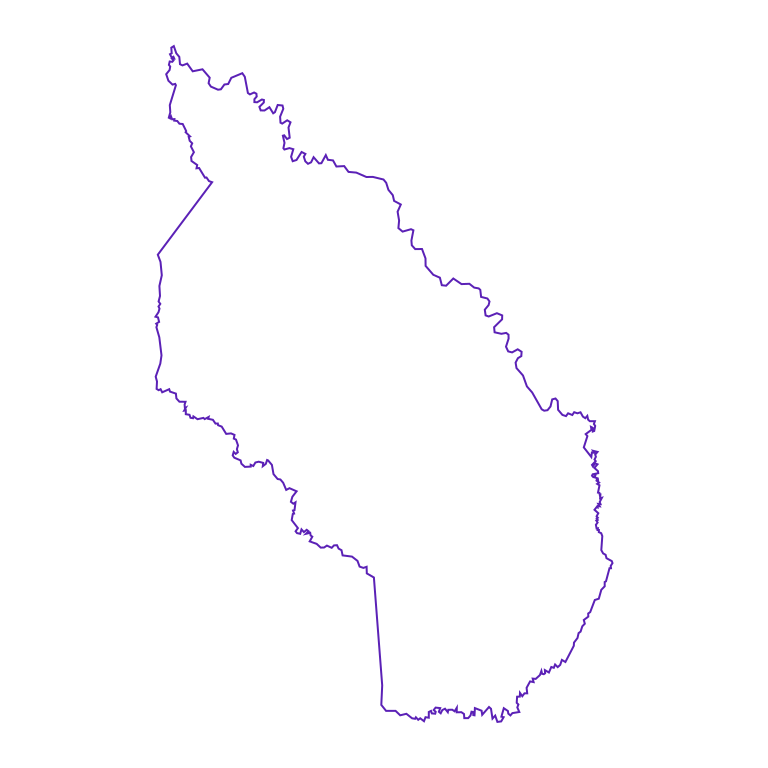 Sabana De Torres, Santander, Colombia (Natural Earth projection)
{"feature_id": "7082276B5396414457031", "entity_name": "Sabana De Torres", "entity_type": "district", "adm_level": 2, "iso_a3": "COL", "parent_name": "Colombia", "parent_adm1": "Santander", "projection": "natural_earth1", "projection_center": [-73.555, 7.427], "detail": "fine", "context": "isolated", "style": "outline", "palette": "violet", "viewbox_px": 768, "rotation_deg": 0, "n_neighbors": 0, "source": "geoboundaries", "source_scale": "gbopen_adm2", "svg_char_len": 6084}
<svg xmlns="http://www.w3.org/2000/svg" viewBox="0 0 768 768"><path d="M400.2,715.3L406.4,713.8L412.1,718.3L415.1,718.8L415.9,717.3L418.2,719.8L420.2,718.3L424.0,721.2L425.5,717.2L428.8,717.7L428.8,712.0L431.0,710.9L431.8,713.4L435.2,713.7L435.7,711.8L433.7,710.0L435.6,707.6L440.2,708.1L438.9,711.8L440.7,713.3L442.3,710.1L445.0,708.7L447.8,712.2L448.3,709.8L452.2,709.7L454.6,711.3L456.8,707.7L456.7,712.3L461.4,712.2L464.0,714.0L464.3,718.1L468.2,718.1L470.5,715.5L471.5,711.7L473.1,712.0L473.3,715.1L474.5,715.3L474.9,708.1L481.6,710.7L482.2,714.8L489.0,707.0L491.0,708.8L492.5,718.6L495.2,715.6L497.4,721.9L501.2,721.4L503.6,717.2L501.4,716.7L503.8,708.2L507.9,711.0L508.3,713.6L510.4,715.4L512.4,713.1L519.3,712.0L517.3,707.4L518.4,704.5L516.7,702.8L517.1,696.7L519.8,696.6L520.0,692.9L522.3,696.2L524.5,693.3L527.2,693.3L526.6,687.8L530.1,681.4L533.6,682.1L532.7,678.6L535.7,678.9L539.9,675.1L541.4,670.9L542.1,673.8L543.8,674.2L545.1,673.3L544.9,670.1L548.9,672.5L551.3,667.0L553.8,667.8L555.1,664.5L557.7,667.1L560.2,664.9L561.9,659.9L565.4,662.0L573.8,645.8L574.0,642.6L577.5,638.0L578.6,633.1L580.6,631.6L582.3,626.3L584.8,623.7L583.8,620.0L588.3,616.6L588.2,613.5L590.2,612.1L594.8,600.0L598.8,598.7L601.3,589.8L604.7,586.3L604.7,582.0L606.0,581.3L609.5,568.2L611.0,568.2L610.7,565.9L612.5,563.1L611.8,561.1L606.5,558.2L605.6,554.8L603.1,553.4L601.3,550.1L602.3,536.1L601.2,533.2L598.8,532.1L598.9,530.0L597.6,530.0L597.9,528.3L596.6,528.5L595.9,524.8L597.6,522.5L596.3,520.5L597.7,519.9L596.7,518.4L597.8,517.7L596.6,516.3L598.3,513.2L594.5,509.8L596.7,507.0L597.7,507.5L597.7,506.0L599.7,506.3L598.3,503.9L600.5,504.1L599.7,502.0L601.9,497.8L600.1,498.3L600.5,493.4L599.8,495.0L599.4,492.9L598.0,492.6L599.5,485.3L597.2,483.9L599.1,482.6L596.5,480.6L596.8,479.6L598.1,480.7L597.8,478.4L594.7,477.4L595.3,475.6L593.2,477.0L592.0,475.7L592.7,474.3L598.2,473.2L598.0,471.2L594.4,467.9L597.5,464.3L595.1,463.3L592.9,466.4L592.0,464.9L595.7,461.1L594.5,459.5L595.9,456.8L595.2,454.6L597.5,451.9L593.1,450.8L594.4,452.8L591.9,452.5L591.3,457.0L583.8,447.4L587.4,436.1L585.7,434.1L591.5,429.8L591.0,426.9L592.7,427.8L592.8,431.5L594.2,431.0L595.2,425.9L593.9,424.0L594.9,421.2L589.8,421.2L588.1,419.6L587.3,415.9L585.3,418.2L582.9,416.6L580.5,412.3L577.4,413.3L574.2,412.2L572.3,415.0L568.1,413.3L566.0,416.1L562.4,414.9L558.1,409.8L557.7,401.1L555.5,398.5L552.2,399.4L550.5,406.5L547.5,410.2L544.2,410.7L541.7,409.3L532.2,392.5L526.9,386.4L523.0,375.5L516.5,368.1L515.6,362.6L517.9,358.2L521.3,356.1L521.6,351.8L517.7,349.3L512.1,352.4L508.2,351.4L506.0,346.7L508.6,338.6L508.5,334.7L506.2,332.9L501.4,333.8L494.6,332.3L494.1,327.2L502.1,319.3L502.2,315.4L496.9,313.2L488.7,316.5L485.6,315.4L484.8,309.7L488.6,305.1L489.5,301.5L487.4,298.5L481.1,296.9L480.3,289.9L478.7,288.4L474.2,287.6L469.4,283.8L461.5,284.1L453.3,278.5L446.1,285.7L441.8,285.2L439.9,277.7L433.3,274.8L425.6,265.9L425.5,258.4L422.0,249.0L415.2,249.1L411.8,245.3L411.4,240.6L413.4,230.3L411.0,229.2L402.6,231.6L398.4,228.1L399.1,220.6L397.6,211.7L400.8,204.5L394.1,200.9L392.8,195.2L388.4,189.8L386.2,182.8L383.5,179.5L372.8,176.9L366.4,177.0L356.3,172.6L348.5,171.9L344.2,166.1L336.4,166.5L333.0,160.4L327.9,159.8L325.8,155.1L321.4,163.2L319.0,163.4L313.6,157.2L311.1,162.3L308.0,163.8L305.3,161.3L303.8,156.7L305.4,153.9L301.6,152.0L296.5,160.0L292.7,161.2L291.1,156.8L293.3,149.2L289.4,148.1L284.4,149.5L283.4,148.2L284.5,142.9L282.9,135.7L284.2,135.3L287.0,139.0L289.7,137.7L288.5,127.5L290.5,122.3L287.2,120.3L282.2,123.6L280.5,122.7L280.1,116.7L283.3,108.8L282.5,105.5L277.7,105.0L274.9,112.2L273.2,113.3L269.4,107.2L264.5,110.5L260.7,110.4L259.4,106.9L263.8,102.5L263.9,100.0L261.9,99.5L257.1,102.3L254.4,102.1L254.4,99.2L256.7,96.5L256.4,93.7L254.1,92.5L249.9,94.4L247.9,93.0L244.8,76.8L242.3,73.2L231.3,77.8L228.2,84.0L224.4,84.5L220.9,89.3L218.0,89.7L210.9,86.6L208.6,83.2L209.7,77.7L202.5,69.3L192.7,71.3L187.2,63.6L182.5,65.4L180.0,64.2L179.3,56.9L176.3,53.3L173.8,46.1L171.3,47.7L171.7,53.3L170.0,54.2L171.7,57.6L173.4,56.7L174.3,58.7L172.2,58.9L173.5,60.4L172.3,61.8L169.7,61.5L168.9,64.9L170.2,66.5L169.6,70.0L166.2,74.2L168.4,80.7L172.5,84.6L175.2,83.9L175.9,85.2L169.8,105.1L170.3,112.3L168.8,117.7L170.3,118.5L171.1,116.6L172.1,119.3L174.4,119.1L174.2,120.6L177.3,121.0L179.4,123.7L182.7,124.0L186.2,131.1L185.6,132.2L190.0,136.4L188.7,136.8L189.7,140.8L192.2,143.3L190.9,146.4L193.9,152.2L191.1,157.0L191.5,161.0L197.2,165.0L196.5,168.3L199.1,168.0L205.0,177.7L206.5,177.5L209.0,181.1L212.1,182.2L157.8,254.7L160.5,261.9L161.8,275.3L159.4,286.0L160.0,296.0L158.6,301.5L160.3,303.9L158.5,306.5L159.5,308.6L158.5,312.2L155.5,316.7L158.0,317.4L159.1,321.9L156.2,323.7L157.2,324.9L156.4,327.2L159.3,337.3L161.5,355.4L160.3,363.6L155.7,376.7L157.0,381.5L156.6,388.9L158.7,390.2L160.6,389.2L162.2,392.3L169.2,389.2L170.0,391.6L175.9,393.6L176.4,398.4L179.4,401.7L185.5,401.8L184.6,404.6L184.9,408.2L185.8,407.7L184.2,410.6L185.8,410.3L185.8,414.2L189.5,414.8L190.5,417.8L193.0,418.2L193.4,416.4L197.5,419.2L203.4,417.9L204.7,419.1L208.6,417.0L208.1,418.8L212.9,419.8L215.5,423.6L217.8,423.5L218.1,425.2L221.7,426.6L226.2,433.9L231.0,433.4L234.5,434.9L233.8,438.6L236.0,439.6L238.0,445.4L236.9,449.1L237.8,452.3L235.7,453.9L233.7,451.9L232.7,455.4L234.3,457.7L240.6,460.4L241.4,463.7L244.9,466.9L250.7,466.6L250.7,464.8L253.3,466.0L255.4,462.5L258.7,461.7L263.2,462.9L262.8,466.2L265.8,463.9L267.1,460.0L268.1,460.4L271.9,464.9L273.5,474.1L277.6,479.0L280.4,479.5L283.2,482.8L286.2,489.9L289.5,488.2L296.6,491.3L292.4,496.7L290.9,501.8L293.3,503.7L295.5,502.3L294.5,510.1L293.0,510.5L294.1,513.6L292.8,514.0L291.7,520.1L297.9,528.1L295.6,531.3L297.0,533.1L300.2,533.8L301.5,529.4L303.9,532.1L306.7,529.8L308.6,531.3L306.0,533.8L310.2,532.8L310.6,535.4L312.3,536.7L309.7,541.4L316.7,543.9L320.7,547.6L324.1,547.5L326.9,545.6L331.7,547.8L334.0,545.4L337.0,545.2L338.6,548.6L341.5,550.2L342.6,555.4L352.0,556.6L357.5,560.9L359.6,566.6L363.4,567.9L366.6,566.8L366.8,573.4L373.9,577.5L382.2,685.4L381.3,704.9L386.1,710.9L395.6,710.9L400.2,715.3Z" fill="none" stroke="#5b21b6" stroke-width="2"/></svg>